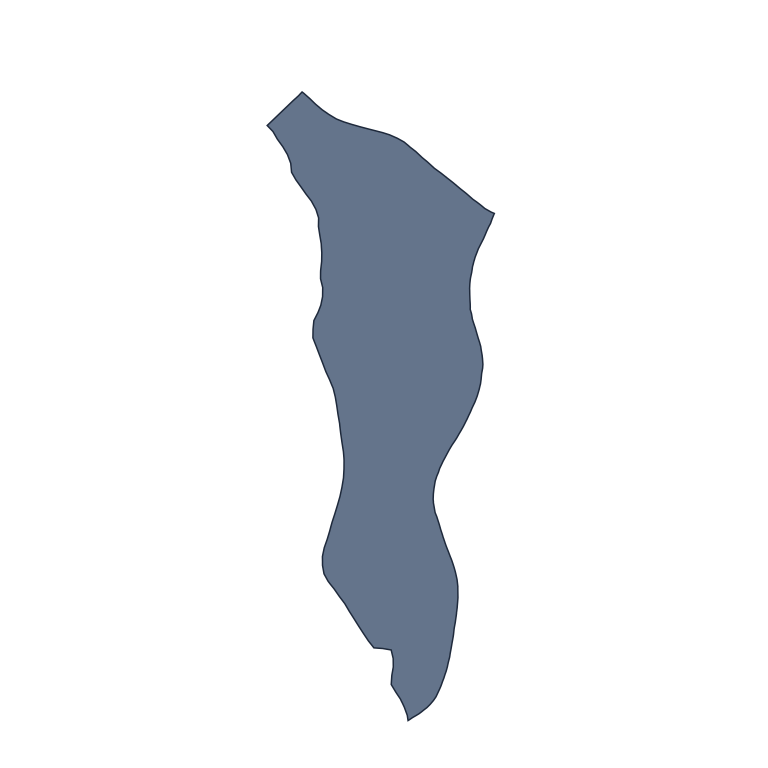 outline of Rakhyah, Hadramawt, Yemen, rotated 321°
{"feature_id": "15242507B88244220380617", "entity_name": "Rakhyah", "entity_type": "district", "adm_level": 2, "iso_a3": "YEM", "parent_name": "Yemen", "parent_adm1": "Hadramawt", "projection": "albers", "projection_center": [47.778, 15.473], "detail": "fine", "context": "isolated", "style": "filled", "palette": "slate", "viewbox_px": 768, "rotation_deg": 321, "n_neighbors": 0, "source": "geoboundaries", "source_scale": "gbopen_adm2", "svg_char_len": 4251}
<svg xmlns="http://www.w3.org/2000/svg" viewBox="0 0 768 768"><g transform="rotate(321 384 384)"><path d="M455.9,109.6L456.6,117.9L455.9,122.3L455.6,124.2L455.2,126.6L454.7,135.9L453.5,143.9L453.4,144.8L450.4,153.8L445.4,161.3L444.0,169.9L443.5,178.6L443.0,186.0L442.9,187.2L442.7,196.0L441.0,205.4L440.4,207.0L437.7,213.8L432.2,220.3L427.9,227.7L423.5,235.5L421.6,238.1L418.3,242.8L412.7,249.5L406.4,255.7L405.0,257.3L400.9,262.3L397.0,270.6L396.2,271.5L391.2,277.5L384.5,283.0L379.3,286.0L377.1,287.2L376.1,287.6L369.4,290.6L363.3,296.8L357.8,303.4L356.4,307.7L355.1,311.9L352.2,320.7L349.4,329.4L347.5,335.1L346.6,337.8L344.4,346.5L342.8,351.8L341.8,355.3L338.0,363.4L333.6,371.2L329.1,378.7L328.1,380.5L324.6,386.8L323.4,388.6L319.6,394.6L314.9,402.4L309.9,411.0L306.3,416.3L304.9,418.2L301.2,422.7L299.4,424.9L293.4,431.5L286.2,437.9L279.0,443.7L271.7,448.8L264.0,454.0L260.9,456.0L256.3,459.0L252.8,461.5L249.4,464.0L243.1,468.3L241.9,469.1L241.4,469.4L234.6,473.6L229.3,477.9L227.5,479.4L224.3,483.5L222.1,486.2L217.9,493.8L216.4,502.2L216.3,506.0L216.3,506.5L216.3,511.5L215.6,521.1L215.3,529.9L214.6,534.7L214.0,538.6L213.0,547.5L212.5,551.5L211.9,556.6L211.0,565.2L210.2,573.9L210.2,574.7L210.1,582.7L216.5,588.7L222.2,595.2L218.4,603.1L213.1,609.8L206.9,615.2L206.4,615.7L200.5,622.1L199.3,630.6L199.0,633.6L198.5,639.2L198.0,641.1L197.5,643.5L196.4,647.9L195.0,652.0L193.6,656.1L191.7,659.3L190.9,660.7L192.6,660.9L196.3,661.2L200.1,661.8L203.8,662.3L206.2,662.4L207.6,662.4L210.0,662.4L213.7,662.5L217.5,662.1L218.4,662.0L220.0,661.7L223.2,661.1L224.2,660.8L227.3,659.9L228.2,659.5L231.1,658.1L234.6,656.4L235.6,655.9L237.9,654.7L240.1,653.4L242.0,652.2L245.5,650.2L248.8,648.0L251.6,646.3L255.5,643.5L256.3,642.8L258.8,640.8L263.1,637.6L264.1,636.7L265.6,635.3L270.5,631.1L274.8,627.3L275.2,627.0L279.1,623.6L280.5,622.3L282.0,620.8L284.1,618.7L285.3,617.6L289.4,614.1L292.7,611.0L293.9,609.9L295.8,608.1L296.7,607.1L297.7,606.2L300.1,603.9L301.4,602.5L303.9,599.9L307.0,596.6L309.5,593.4L313.2,588.7L313.9,587.9L317.5,582.3L318.3,580.8L319.3,578.8L319.8,577.8L321.4,574.5L322.9,571.0L324.2,567.7L325.5,564.2L326.3,561.8L326.6,560.7L327.9,556.7L328.6,554.6L329.2,552.6L330.5,548.6L331.6,545.5L331.9,544.8L332.4,543.4L333.2,541.3L333.4,540.6L334.5,538.0L336.5,532.7L336.8,532.0L337.0,531.6L338.1,529.0L338.7,527.6L340.2,523.7L341.5,520.4L342.8,516.1L344.2,513.6L345.2,511.8L347.7,507.3L348.5,506.3L349.8,504.3L350.3,503.8L353.1,500.6L355.9,497.8L357.7,496.1L359.1,494.9L360.3,493.8L362.8,491.6L365.6,489.8L366.6,489.1L367.5,488.6L370.7,486.9L374.2,484.6L377.8,482.9L381.3,481.2L385.4,479.5L389.4,477.8L393.7,476.0L398.3,474.3L399.9,473.8L402.3,473.1L404.2,472.5L406.6,471.7L410.9,470.0L415.0,468.5L415.7,468.2L418.8,467.0L422.6,465.3L424.1,464.6L426.4,463.6L430.4,461.6L432.8,460.5L434.0,459.9L437.3,458.1L443.4,455.2L447.2,453.0L448.9,452.0L454.3,448.3L457.9,445.5L458.9,444.8L462.4,441.5L466.4,437.4L466.5,437.3L470.6,433.8L473.2,431.0L476.5,426.3L477.2,425.2L478.3,423.5L481.1,418.5L482.9,415.5L483.5,414.0L484.3,412.2L485.6,408.9L485.8,408.3L487.1,405.2L488.1,402.8L488.7,401.4L490.2,397.9L491.6,394.1L492.7,391.2L493.6,389.0L494.4,387.7L496.2,384.5L498.0,380.2L499.4,378.6L501.4,376.0L503.9,372.5L504.8,371.3L507.3,368.0L509.5,365.2L510.6,363.7L513.9,360.0L516.6,357.3L518.0,356.0L519.7,354.6L522.1,352.7L525.2,349.9L526.4,348.7L528.9,346.9L530.7,345.5L532.8,344.1L534.3,343.0L538.1,340.8L539.0,340.3L542.4,338.3L547.8,335.9L553.2,333.5L553.3,333.4L556.6,331.7L559.7,330.0L563.7,328.0L565.3,327.3L567.8,326.3L571.8,323.8L575.4,321.8L577.1,320.9L575.5,317.9L572.8,311.1L572.0,306.9L571.4,304.2L570.7,301.3L569.3,296.3L567.9,288.0L567.6,286.6L566.6,282.1L566.2,280.4L565.3,275.7L564.4,271.0L563.7,267.9L562.7,263.6L561.5,258.1L561.1,256.3L559.5,250.3L558.9,248.1L557.5,238.7L556.3,232.8L556.1,231.7L555.0,223.5L553.3,216.2L553.1,214.8L551.9,208.6L549.0,201.4L545.1,193.8L541.2,187.9L539.5,185.6L536.7,181.8L533.2,177.1L531.8,175.2L528.2,170.3L527.1,168.8L525.3,166.2L522.4,162.1L517.3,154.4L517.3,154.2L517.0,153.8L513.8,148.1L512.1,143.4L510.7,139.5L508.5,131.9L506.9,123.5L506.6,121.1L506.0,115.9L504.6,107.5L504.1,105.5L501.0,105.9L499.1,106.2L491.8,106.6L455.9,109.6Z" fill="#64748b" stroke="#1e293b" stroke-width="1.5"/></g></svg>